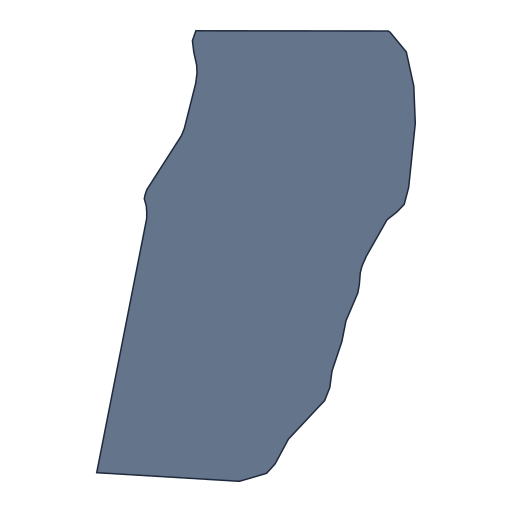 Balaka, Natural Earth projection
{"feature_id": "MWI-1915", "entity_name": "Balaka", "entity_type": "District", "adm_level": 1, "iso_a3": "MWI", "parent_name": "Malawi", "parent_adm1": "", "projection": "natural_earth1", "projection_center": [35.116, -15.04], "detail": "fine", "context": "isolated", "style": "filled", "palette": "slate", "viewbox_px": 512, "rotation_deg": 0, "n_neighbors": 0, "source": "natural_earth", "source_scale": "10m", "svg_char_len": 612}
<svg xmlns="http://www.w3.org/2000/svg" viewBox="0 0 512 512"><path d="M319.0,406.5L288.4,439.2L275.1,463.9L266.6,473.3L239.4,481.3L96.7,472.7L146.7,218.4L146.7,211.6L146.3,206.0L144.3,198.8L145.0,195.1L146.8,189.7L181.4,135.7L184.3,128.6L195.7,83.3L197.0,73.1L196.7,65.4L193.8,52.2L192.4,40.7L195.9,30.7L202.5,30.8L388.2,31.0L390.2,32.4L406.3,51.9L413.8,86.1L415.3,123.4L408.7,187.3L404.2,204.4L397.1,211.8L387.0,219.8L366.4,256.1L362.1,265.8L360.3,272.7L359.3,284.9L357.9,292.8L346.0,320.7L341.9,341.5L332.0,371.1L329.8,387.6L324.6,400.7L319.0,406.5Z" fill="#64748b" stroke="#1e293b" stroke-width="1.5"/></svg>